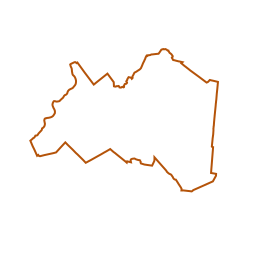 Manesti, Prahova, Romania, rotated 257°
{"feature_id": "2599482B80791609444721", "entity_name": "Manesti", "entity_type": "district", "adm_level": 2, "iso_a3": "ROU", "parent_name": "Romania", "parent_adm1": "Prahova", "projection": "robinson", "projection_center": [25.843, 44.863], "detail": "fine", "context": "isolated", "style": "outline", "palette": "amber", "viewbox_px": 256, "rotation_deg": 257, "n_neighbors": 0, "source": "geoboundaries", "source_scale": "gbopen_adm2", "svg_char_len": 5582}
<svg xmlns="http://www.w3.org/2000/svg" viewBox="0 0 256 256"><g transform="rotate(257 128 128)"><path d="M194.3,184.8L194.3,184.7L194.4,184.2L194.6,184.0L195.1,183.7L195.3,183.5L195.6,183.3L195.8,183.0L195.9,182.9L196.0,182.8L196.1,182.7L196.4,182.4L196.5,182.1L196.5,181.5L196.5,181.2L196.7,180.7L196.9,180.3L197.0,180.1L196.8,179.8L196.9,179.5L196.9,179.0L196.9,178.5L196.8,178.1L195.0,176.2L193.5,174.5L193.5,174.3L193.7,172.9L194.3,167.6L194.4,167.2L194.2,166.5L194.1,166.1L194.1,165.7L194.4,163.7L193.9,163.3L193.7,162.6L194.2,162.3L193.7,161.8L193.0,161.2L192.6,160.9L191.5,160.3L190.9,159.7L190.4,159.4L189.5,158.7L187.7,157.2L185.4,155.6L184.5,154.9L183.4,154.1L182.7,153.1L182.3,152.3L181.5,150.0L181.2,149.3L181.0,148.8L180.5,146.8L180.2,146.5L178.0,144.7L177.6,144.3L177.4,144.1L177.2,144.0L176.9,143.8L176.5,143.8L176.0,143.8L175.9,143.8L175.5,143.5L175.3,143.3L175.3,143.1L175.2,142.9L175.3,142.9L175.4,142.7L176.0,142.4L176.5,142.0L177.4,140.0L176.0,138.6L175.5,138.2L175.2,138.2L174.9,138.0L174.2,137.1L173.8,136.9L173.7,136.8L173.4,136.9L172.8,137.2L172.6,137.3L172.4,137.3L172.2,137.2L171.8,136.6L171.6,136.4L171.6,136.2L171.5,135.8L171.6,135.3L171.6,135.0L171.5,134.9L171.4,134.6L170.5,133.9L170.1,133.6L170.0,133.4L169.8,133.4L169.5,133.5L169.3,133.5L169.2,133.5L169.0,133.4L168.7,133.2L168.6,132.8L168.7,132.6L169.0,132.2L169.2,131.9L169.2,131.7L169.3,131.5L169.3,131.1L169.0,130.6L169.0,130.3L169.1,129.9L169.1,129.6L169.3,129.2L169.5,128.8L170.0,128.8L170.4,128.7L170.7,128.6L170.9,128.4L171.1,128.2L171.1,127.8L171.1,127.6L171.1,127.1L171.3,126.3L171.3,126.2L171.3,125.9L171.1,125.5L171.2,124.8L171.4,124.4L171.7,123.9L171.8,123.7L175.9,124.4L185.6,120.2L181.2,111.0L179.0,106.4L178.5,105.5L178.0,104.4L191.9,98.2L203.0,93.5L202.7,93.1L202.7,92.9L202.7,92.7L202.8,92.6L202.8,92.4L203.6,92.0L203.8,91.8L204.0,91.5L204.1,91.2L204.1,90.5L203.9,89.5L203.7,88.6L203.3,86.8L203.2,86.6L203.1,86.3L203.0,86.2L202.9,86.0L202.6,86.0L202.0,86.0L201.5,86.0L200.6,86.1L199.3,86.4L198.7,86.5L197.8,86.4L197.2,86.4L196.3,86.2L195.3,86.1L194.3,86.1L193.3,86.0L192.9,86.1L192.4,86.1L191.8,86.4L191.1,86.9L190.2,87.4L189.3,87.7L188.2,87.9L187.3,88.0L186.7,88.0L186.0,88.0L185.3,87.9L184.0,87.5L182.8,87.0L181.7,86.1L180.4,84.4L179.6,83.4L179.2,82.4L178.9,80.8L178.7,80.2L178.6,79.6L178.4,79.2L177.7,78.1L176.9,77.4L175.5,76.6L174.9,76.0L174.6,75.5L174.3,74.7L174.3,74.1L173.8,73.1L172.1,71.5L171.7,70.7L170.4,68.4L169.7,67.4L169.6,66.8L169.6,66.3L169.7,64.9L169.8,64.4L170.1,63.6L170.4,63.2L170.6,62.7L170.8,62.1L170.8,61.8L170.6,61.5L170.1,61.0L169.6,60.7L169.2,60.3L168.8,60.1L168.1,59.8L167.5,59.6L167.1,59.6L166.6,59.6L166.3,59.6L165.2,59.8L164.4,59.9L162.7,60.4L162.0,60.5L160.9,60.6L159.8,60.3L159.2,60.2L158.8,60.0L158.5,59.7L157.6,58.8L156.7,57.8L156.5,57.4L156.2,56.8L156.0,56.1L155.8,55.0L155.8,54.0L155.8,53.0L155.9,52.1L156.0,51.3L156.0,50.9L155.9,50.7L155.9,50.2L156.0,49.9L156.0,49.6L155.8,49.2L155.6,48.9L155.3,48.6L154.1,48.1L150.7,48.0L149.5,47.5L148.4,46.8L147.7,45.9L147.4,45.5L147.0,44.3L146.8,44.1L145.8,43.7L145.4,43.4L145.0,42.9L143.8,41.1L142.8,39.6L141.9,38.7L141.5,38.3L141.2,37.4L141.3,36.9L141.4,36.1L141.2,35.9L140.4,35.2L140.0,34.8L139.7,34.4L139.5,33.4L139.0,32.7L137.6,30.0L131.8,31.0L128.0,31.9L121.4,33.2L121.9,34.1L122.0,34.5L121.3,34.7L121.0,34.9L120.8,35.0L120.7,35.2L120.5,35.5L120.4,35.8L120.3,36.1L120.4,40.3L120.3,49.8L120.4,52.5L121.2,53.6L124.1,57.8L128.1,63.7L125.1,65.5L119.4,69.2L115.4,71.6L113.7,72.8L106.9,77.1L103.6,79.0L104.8,83.3L104.9,83.8L107.3,92.0L108.3,95.5L108.7,96.8L109.0,97.8L109.4,99.0L110.1,101.5L111.3,105.4L111.5,105.9L107.9,108.5L106.3,109.9L105.1,110.8L100.4,114.5L97.3,116.9L96.2,117.8L94.5,119.0L95.7,119.7L93.9,123.2L95.1,123.2L95.9,123.3L96.5,123.6L96.9,124.2L97.0,124.9L97.0,125.8L96.9,126.8L96.8,127.4L96.7,127.6L95.7,128.7L94.6,130.6L94.4,130.9L94.4,131.1L94.3,131.4L94.1,131.9L93.2,133.1L93.3,133.2L92.7,132.7L91.9,132.5L90.6,132.6L88.7,135.8L85.9,143.0L87.0,143.9L89.8,146.1L90.0,146.2L90.2,146.3L91.3,146.7L93.5,147.2L77.8,155.7L77.5,155.8L76.9,155.9L76.6,156.0L76.4,156.2L75.8,156.6L75.3,156.9L74.7,157.4L74.0,158.0L73.8,158.3L73.6,158.6L73.3,159.1L73.0,159.3L72.8,159.5L72.3,159.8L71.7,160.0L70.2,160.6L69.8,160.7L69.2,160.8L68.6,161.0L68.2,161.2L67.7,161.6L67.4,161.9L67.0,162.6L66.9,163.0L66.7,163.1L63.0,164.4L62.6,164.5L58.0,166.2L56.6,166.5L55.4,166.1L55.1,166.0L54.8,167.4L54.8,167.7L52.4,174.5L52.1,175.2L51.9,175.8L52.2,176.6L52.8,177.6L53.9,183.4L56.9,198.7L61.7,203.0L63.5,203.5L65.5,198.8L90.2,206.6L90.8,205.6L91.0,205.5L97.8,207.8L98.2,207.9L102.7,209.6L106.7,210.8L108.3,211.1L108.6,211.3L110.0,211.7L110.5,211.9L110.6,212.0L112.8,212.7L113.5,212.9L118.1,214.4L119.0,214.7L119.8,215.0L120.3,215.1L120.7,215.3L120.8,215.3L129.6,218.3L132.4,219.2L132.6,219.3L133.7,219.7L133.8,219.7L134.4,219.9L135.7,220.4L142.3,222.5L142.5,222.6L144.6,223.3L144.8,223.4L146.0,223.8L149.0,224.8L149.5,225.0L149.9,225.1L150.0,225.1L151.9,225.8L152.7,226.0L154.9,221.6L156.1,219.0L156.3,218.8L156.4,218.5L156.1,218.1L155.3,216.9L155.0,216.5L154.7,215.5L154.6,214.8L162.1,208.5L170.2,201.5L171.4,200.6L174.1,198.4L174.9,197.8L175.4,197.3L179.1,194.5L179.9,195.9L181.3,193.0L181.3,192.8L182.9,189.7L183.5,188.6L183.9,187.8L183.9,187.7L184.0,187.6L184.1,187.3L184.2,187.2L185.5,186.9L186.3,186.6L186.6,186.5L186.8,186.7L186.9,186.8L187.0,186.9L187.0,187.0L187.1,187.3L187.3,187.5L187.6,187.6L187.8,187.7L188.1,187.7L188.4,187.6L189.3,187.2L189.9,187.0L190.5,186.6L190.9,186.3L191.2,186.1L191.8,185.5L192.0,185.4L193.0,185.1L193.6,184.9L194.3,184.8Z" fill="none" stroke="#b45309" stroke-width="2"/></g></svg>